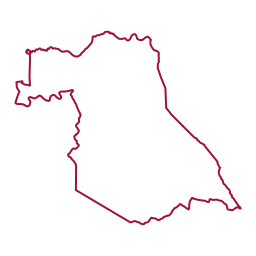 outline of Saba, Colón, Honduras
{"feature_id": "27666195B48928402740143", "entity_name": "Saba", "entity_type": "district", "adm_level": 2, "iso_a3": "HND", "parent_name": "Honduras", "parent_adm1": "Colón", "projection": "mercator", "projection_center": [-86.187, 15.48], "detail": "fine", "context": "isolated", "style": "outline", "palette": "rose", "viewbox_px": 256, "rotation_deg": 0, "n_neighbors": 0, "source": "geoboundaries", "source_scale": "gbopen_adm2", "svg_char_len": 5603}
<svg xmlns="http://www.w3.org/2000/svg" viewBox="0 0 256 256"><path d="M150.9,39.9L149.4,37.9L148.3,37.1L147.4,36.7L146.8,36.9L145.7,37.4L142.3,40.0L140.7,40.1L139.4,39.9L138.0,39.3L137.4,38.9L136.9,37.8L136.3,35.8L135.9,35.1L135.6,34.7L135.3,34.4L134.3,34.2L133.7,34.3L132.5,34.8L132.1,35.1L131.3,36.5L130.6,38.1L130.1,39.0L129.4,39.8L128.3,40.4L127.4,40.4L126.9,40.2L126.3,39.6L125.7,38.7L125.0,38.4L123.8,38.4L121.9,39.0L119.5,38.8L119.0,38.7L117.4,37.7L116.3,36.7L114.9,35.8L114.5,35.1L113.8,34.5L113.5,33.8L112.4,34.0L111.8,33.3L111.2,33.3L110.6,33.1L109.6,33.3L109.5,33.1L109.8,32.6L109.7,32.3L109.1,32.2L108.2,31.8L107.3,31.7L106.1,31.8L105.1,32.1L104.7,32.3L103.9,33.3L103.5,33.7L102.5,34.0L101.5,34.1L99.3,35.2L97.3,35.3L96.3,35.7L95.3,36.6L93.3,36.4L92.8,36.6L92.7,36.8L92.5,39.4L92.2,41.5L91.9,42.1L90.4,44.3L87.2,47.9L85.7,48.9L84.8,49.8L83.7,51.4L81.8,52.8L80.6,54.7L78.7,56.0L77.1,56.6L76.4,56.6L75.6,56.5L73.2,55.5L71.8,54.4L70.4,53.0L69.1,51.8L68.5,51.5L66.4,51.1L63.2,51.7L62.1,51.7L61.3,51.2L61.0,51.1L60.4,50.7L58.6,49.1L57.6,49.0L56.7,48.7L55.7,48.6L54.8,48.2L53.9,48.5L52.9,48.6L51.6,47.3L51.3,47.2L50.7,47.2L49.9,47.5L49.5,47.9L49.2,48.7L48.9,48.9L48.5,49.0L48.2,48.7L47.9,48.7L47.0,49.7L47.0,50.5L46.7,50.7L46.3,50.7L44.1,50.2L43.9,50.1L43.9,49.9L43.3,49.7L42.9,49.7L42.4,49.5L41.6,49.8L41.3,49.8L40.9,49.5L40.4,48.6L39.7,48.4L37.4,49.7L36.5,49.5L35.7,49.8L35.4,50.2L34.9,51.5L32.9,51.0L32.2,51.1L31.9,51.3L31.8,52.0L31.0,52.0L30.8,52.2L30.8,52.6L30.6,52.8L30.4,52.7L30.1,52.4L30.0,51.8L30.0,51.3L29.8,50.9L29.0,50.4L28.4,49.9L27.4,49.7L27.2,50.2L27.4,50.4L27.4,50.7L27.2,50.9L26.6,51.0L26.3,51.3L26.1,51.8L26.3,52.3L26.8,52.9L28.1,53.7L28.7,53.8L29.9,53.8L30.0,59.5L29.5,77.2L30.0,85.3L29.6,85.5L29.2,85.5L27.2,84.8L25.1,84.7L22.9,83.6L22.0,83.1L22.5,82.1L22.5,81.8L22.4,81.4L22.0,81.2L21.1,81.6L18.8,81.7L16.5,82.3L16.8,87.2L17.6,88.8L19.4,91.6L18.3,93.9L15.4,102.8L15.5,103.0L16.3,103.6L17.2,103.9L18.4,104.1L20.4,104.0L23.3,104.4L24.9,105.2L26.1,106.1L27.0,106.3L28.1,106.2L28.7,105.9L29.7,104.9L30.3,102.7L30.4,102.0L30.1,101.0L29.0,99.4L28.6,98.5L28.6,98.1L28.8,97.8L29.2,97.4L29.7,97.2L30.5,97.1L33.9,98.3L34.9,98.3L35.6,98.1L36.4,97.7L37.6,96.7L38.5,96.1L39.2,95.7L39.6,95.7L41.4,96.3L41.9,96.8L42.3,97.4L43.1,98.2L45.0,99.8L47.1,100.6L48.3,100.8L49.1,100.8L49.5,100.6L49.7,100.3L49.9,98.5L50.3,97.2L51.2,95.8L52.2,95.3L52.9,95.0L53.4,94.9L54.4,95.1L55.2,95.7L56.8,97.3L57.8,98.2L59.0,98.8L59.8,98.9L60.6,98.5L61.1,97.7L61.1,97.2L61.0,96.4L59.6,94.1L59.3,93.3L59.2,92.7L59.5,92.4L60.8,91.6L61.2,91.5L64.3,91.6L65.3,91.4L67.1,91.3L72.0,90.1L72.5,90.2L73.0,90.4L73.1,90.6L73.0,90.9L71.3,93.1L70.9,93.9L70.7,94.4L70.8,94.9L71.0,95.4L71.5,95.8L71.9,96.3L72.4,97.8L72.7,98.7L73.9,100.2L75.0,102.7L76.3,104.6L76.7,106.2L77.0,106.8L77.6,108.5L78.1,109.3L78.8,111.4L79.8,112.7L79.9,113.7L80.6,114.8L79.9,117.2L79.0,118.1L78.9,118.4L78.9,119.7L79.1,121.4L79.0,122.0L78.6,122.5L77.6,123.3L77.3,123.7L76.4,124.8L76.1,125.5L76.2,126.6L77.4,128.0L77.8,128.9L78.7,130.1L78.8,130.6L78.8,131.2L77.6,133.4L77.1,133.9L76.2,134.2L75.7,135.2L74.6,135.8L74.3,136.7L74.6,138.2L75.2,139.5L75.4,139.8L76.6,140.8L76.9,141.1L76.7,142.5L76.8,143.0L77.0,143.4L77.6,143.8L78.6,144.8L78.8,145.1L78.8,145.4L78.3,146.3L77.6,147.2L75.9,148.6L75.4,148.8L74.9,148.8L73.4,148.5L72.8,148.7L72.0,149.6L69.9,152.9L68.9,153.9L68.2,154.3L68.0,154.6L68.8,156.6L70.3,157.2L71.0,157.9L72.1,159.6L73.1,160.4L73.8,161.1L75.9,164.5L75.9,165.6L76.1,166.1L75.9,190.1L130.4,222.4L131.9,222.0L133.8,221.2L135.0,221.1L135.7,221.3L136.3,221.6L137.0,221.9L138.6,222.2L140.4,223.4L141.9,224.0L143.3,224.3L143.9,224.1L144.5,223.2L145.0,222.8L146.6,222.6L147.9,222.0L149.2,220.7L150.7,218.4L151.2,217.8L153.3,218.2L155.4,218.5L156.0,218.7L157.5,219.9L159.1,220.1L159.9,219.6L161.0,218.9L162.6,218.3L163.1,217.9L163.7,217.1L164.1,216.8L165.8,216.4L166.9,215.8L169.1,215.4L169.5,215.1L171.2,213.2L172.6,210.6L173.9,209.0L174.1,208.5L176.5,207.3L178.8,205.4L179.7,204.3L180.0,204.2L180.8,204.2L181.9,205.3L182.8,205.7L184.4,206.6L186.2,208.0L188.1,209.1L188.4,209.3L188.7,209.3L188.9,209.0L189.2,207.4L189.2,204.5L189.6,203.0L189.9,201.2L190.2,200.6L191.3,199.3L191.7,198.3L192.0,198.0L192.3,197.9L192.9,198.0L193.5,198.6L193.8,198.7L197.9,199.8L200.3,200.1L202.7,200.6L204.7,200.6L206.6,201.6L208.3,202.1L208.7,202.0L209.0,201.7L209.3,201.0L209.6,199.5L209.9,199.2L210.3,199.1L210.7,199.1L211.2,199.4L211.7,199.6L212.9,199.8L214.1,199.9L216.0,199.6L216.6,199.6L219.3,200.5L220.9,200.7L222.2,201.3L224.2,203.3L226.0,204.4L226.7,205.5L227.4,208.7L227.9,209.4L228.5,209.7L230.4,209.8L232.0,210.2L232.4,210.2L233.6,209.5L235.9,207.8L236.4,207.5L237.2,207.4L238.1,207.4L239.8,208.4L240.2,208.6L240.5,208.5L240.6,208.3L240.1,207.4L238.1,205.3L233.8,198.9L233.5,198.4L232.2,197.5L231.8,195.2L230.6,194.2L230.3,193.7L230.1,193.0L229.7,190.9L229.3,190.0L229.0,189.5L227.3,188.0L225.1,184.9L224.3,184.4L223.6,183.6L223.1,182.7L222.9,181.5L222.6,180.7L222.5,180.1L222.1,179.6L221.4,179.2L221.1,178.8L220.8,177.2L219.7,175.8L219.0,174.0L218.7,172.5L218.9,170.8L219.4,169.9L219.4,169.2L220.0,167.6L219.0,166.5L218.5,165.1L217.7,163.9L217.5,162.7L217.5,161.7L205.2,146.6L204.2,144.7L202.3,143.7L200.7,142.9L199.8,142.3L198.6,140.9L197.3,140.1L197.1,139.0L197.0,138.7L194.2,137.4L171.2,114.4L169.2,111.6L166.2,108.0L165.4,88.2L161.2,78.0L157.8,68.2L157.8,64.6L158.3,62.8L158.8,61.8L159.0,61.4L158.6,59.3L158.9,57.9L158.8,57.2L158.5,56.0L158.7,54.6L158.9,54.1L158.8,53.3L158.4,52.2L157.6,51.5L156.8,51.0L154.5,50.3L153.7,49.7L153.1,49.1L151.4,46.4L150.6,44.8L150.4,42.9L150.4,41.0L150.9,39.9Z" fill="none" stroke="#9f1239" stroke-width="2"/></svg>